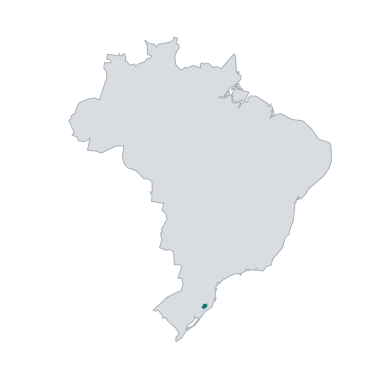 location of São José dos Ausentes, Rio Grande do Sul, Brazil, rotated 9°
{"feature_id": "56859067B10014476741522", "entity_name": "São José dos Ausentes", "entity_type": "district", "adm_level": 2, "iso_a3": "BRA", "parent_name": "Brazil", "parent_adm1": "Rio Grande do Sul", "projection": "robinson", "projection_center": [-49.931, -28.671], "detail": "fine", "context": "in_parent", "style": "filled", "palette": "teal", "viewbox_px": 384, "rotation_deg": 9, "n_neighbors": 0, "source": "geoboundaries", "source_scale": "gbopen_adm2", "svg_char_len": 4788}
<svg xmlns="http://www.w3.org/2000/svg" viewBox="0 0 384 384"><g transform="rotate(9 192 192)"><path d="M107.1,72.9L110.7,76.4L115.2,74.7L116.7,77.0L119.2,73.8L125.3,70.5L126.6,67.4L130.6,65.7L130.9,63.7L126.4,63.0L125.2,54.7L121.4,49.4L126.6,52.1L131.2,51.9L134.5,54.6L135.5,51.4L147.1,47.4L149.7,44.6L149.5,42.1L153.0,42.0L154.0,43.2L152.9,47.4L155.9,48.6L157.0,52.0L154.9,54.7L153.9,61.6L156.1,68.9L161.6,73.0L164.0,72.4L165.2,70.1L167.2,70.6L173.5,66.8L181.3,68.0L180.1,64.9L181.4,62.9L182.9,63.8L188.0,62.3L193.8,66.0L196.2,64.2L201.7,65.5L211.9,49.1L213.6,50.8L217.0,65.9L218.7,68.2L222.1,69.5L222.5,73.3L216.7,80.6L213.1,83.0L208.4,92.8L203.7,94.2L208.6,94.5L215.8,89.5L217.2,95.9L219.1,97.8L226.5,95.6L224.3,102.8L227.2,97.1L230.6,93.8L232.3,94.7L233.1,93.7L232.4,91.1L234.7,88.0L240.4,87.3L252.7,92.7L253.6,95.5L255.3,93.6L258.2,95.7L259.0,98.1L257.5,99.7L258.1,100.6L259.7,99.0L260.0,100.5L258.6,102.1L257.7,107.0L259.6,105.0L261.1,101.3L261.3,103.9L266.8,100.6L279.7,104.8L290.0,104.3L300.1,110.9L308.9,120.1L320.0,121.8L322.1,125.1L324.9,138.4L323.7,147.0L319.4,155.7L307.3,170.1L307.3,168.9L305.0,175.4L301.2,181.2L299.4,182.0L298.2,179.5L297.1,180.8L295.4,186.9L296.6,204.4L294.3,214.5L294.5,218.6L291.2,222.8L290.1,232.9L282.1,245.8L281.7,251.6L277.0,254.0L274.7,258.9L268.6,259.1L267.3,257.2L266.9,259.3L257.5,259.8L257.9,261.4L251.9,265.5L248.6,265.5L242.6,268.9L235.2,275.0L233.7,277.9L232.4,276.8L231.9,278.1L230.2,277.6L232.4,279.3L230.7,281.2L230.1,284.5L231.4,291.6L229.7,302.3L223.5,308.3L215.9,322.9L208.7,329.5L208.5,327.3L213.6,324.6L218.1,316.6L218.2,315.2L215.2,316.1L213.4,313.5L214.3,316.0L213.5,319.0L209.1,323.9L207.6,327.7L208.1,329.9L204.7,337.4L200.2,342.0L199.1,341.4L199.1,337.6L201.7,334.3L197.5,329.1L188.2,323.1L185.4,319.8L182.8,321.5L182.5,319.2L177.3,314.0L174.8,315.4L172.2,314.7L183.2,300.7L184.6,300.8L184.3,299.4L196.6,291.1L197.6,284.2L195.4,279.2L191.4,279.2L193.7,267.4L191.2,265.6L186.0,266.7L183.3,254.4L179.0,252.2L175.7,253.7L168.7,252.0L169.7,243.9L167.4,237.5L169.4,236.1L167.5,234.3L171.6,222.5L169.3,217.1L165.5,215.0L165.8,207.6L153.5,207.5L153.0,201.5L150.6,198.5L152.7,198.4L151.0,188.4L147.2,186.1L142.4,186.4L133.7,179.8L124.5,178.1L120.6,174.5L117.8,168.9L117.6,157.1L109.7,158.5L96.0,167.8L91.8,166.6L82.3,167.0L82.8,154.9L78.1,159.0L71.7,159.3L70.3,155.5L64.7,154.7L66.3,151.5L59.1,140.5L61.0,138.6L60.7,135.5L64.9,132.1L64.2,129.2L66.5,121.7L73.5,117.0L80.6,114.4L86.2,115.4L90.0,91.5L88.4,86.2L85.4,83.4L85.5,77.8L91.6,77.2L90.6,74.2L86.9,74.1L86.9,69.1L98.3,69.1L98.2,67.0L99.9,68.8L103.6,66.0L105.5,69.2L105.7,73.2L107.1,72.9ZM220.2,83.2L232.8,84.6L229.8,93.0L227.5,93.2L227.0,94.6L225.2,93.9L223.2,96.1L218.4,96.1L216.7,91.8L217.9,90.8L216.4,89.3L217.5,84.4L220.2,83.2ZM209.4,93.3L211.3,87.3L213.3,86.5L213.2,90.2L209.4,93.3ZM223.6,80.2L222.4,82.5L219.5,82.0L220.0,80.5L223.6,80.2ZM219.3,77.8L218.8,82.4L217.6,81.9L219.3,77.8ZM225.6,83.2L223.8,83.4L223.0,83.0L225.2,81.7L225.6,83.2ZM217.4,83.3L215.5,84.8L214.8,84.0L216.1,82.7L217.4,83.3ZM220.8,79.3L219.9,78.3L221.4,77.4L221.6,78.3L220.8,79.3ZM219.8,67.4L218.7,67.6L218.5,65.9L219.5,65.8L219.8,67.4ZM231.8,296.0L231.4,294.6L232.3,293.2L232.5,293.6L231.8,296.0ZM253.0,264.9L253.3,266.6L252.0,266.2L253.0,264.9ZM231.2,285.5L230.7,284.7L231.5,283.7L231.8,284.1L231.2,285.5ZM259.3,103.9L258.5,105.7L259.3,103.2L259.3,103.9ZM298.7,182.3L297.5,182.8L298.3,181.4L298.7,182.3ZM260.8,260.4L259.6,261.0L259.3,260.7L260.1,259.9L260.8,260.4ZM296.6,185.5L296.2,186.4L295.9,185.8L296.6,185.5ZM256.0,92.1L256.0,93.0L255.7,92.9L256.0,92.1Z" fill="#d9dde1" stroke="#a8b0b8" stroke-width="1"/><path d="M223.0,301.4L223.1,301.5L222.9,301.6L222.7,301.6L222.8,301.4L222.7,301.4L222.8,301.3L222.8,301.2L222.7,301.2L222.6,301.3L222.6,301.2L222.6,301.3L222.4,301.4L222.3,301.5L222.2,301.5L222.2,301.4L222.1,301.2L221.9,301.3L221.7,301.3L221.7,301.5L221.4,301.5L221.4,301.8L221.5,301.8L221.5,302.0L221.6,302.3L221.6,302.5L221.4,302.7L221.2,302.7L221.1,302.8L221.2,303.0L220.9,303.2L220.9,303.3L220.7,303.5L220.6,303.8L220.5,304.0L220.4,304.2L220.4,304.3L220.5,304.3L220.6,304.2L220.8,304.2L220.8,304.3L220.8,304.2L221.0,304.2L221.3,304.2L221.3,304.3L221.5,304.3L221.7,304.5L221.8,304.5L222.0,304.7L222.0,304.8L222.1,304.7L222.1,304.4L222.1,304.2L222.1,303.9L222.2,303.7L222.3,303.6L222.3,303.4L222.5,303.3L222.4,303.3L222.5,303.4L222.6,303.5L222.7,303.4L222.7,303.2L222.8,303.2L222.9,303.3L222.9,303.2L223.0,303.2L222.9,303.1L222.9,302.9L223.0,303.0L223.0,302.9L223.1,302.7L223.3,302.5L223.5,302.6L223.8,302.6L223.8,302.4L223.7,302.4L223.8,302.3L223.7,302.3L223.7,302.2L223.7,302.3L223.7,302.2L223.5,301.9L223.6,301.7L223.4,301.7L223.4,301.4L223.3,301.5L223.2,301.6L223.1,301.4L223.0,301.4ZM222.2,304.6L222.3,304.6L222.2,304.6Z" fill="#14b8a6" stroke="#0f766e" stroke-width="1.5"/></g></svg>